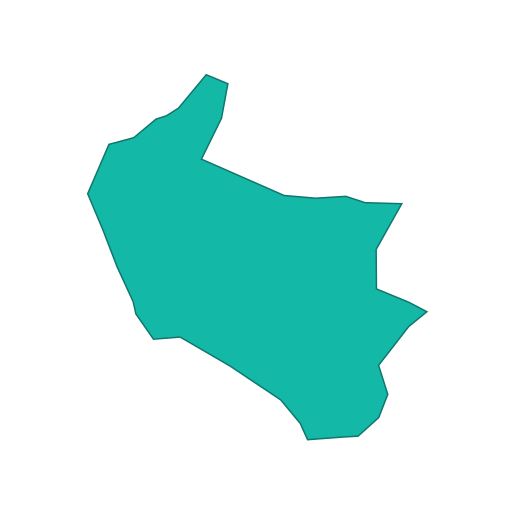 Adaacag, Dundgovi, Mongolia, rotated 296°
{"feature_id": "93677404B36872598386240", "entity_name": "Adaacag", "entity_type": "district", "adm_level": 2, "iso_a3": "MNG", "parent_name": "Mongolia", "parent_adm1": "Dundgovi", "projection": "natural_earth1", "projection_center": [105.738, 46.338], "detail": "fine", "context": "isolated", "style": "filled", "palette": "teal", "viewbox_px": 512, "rotation_deg": 296, "n_neighbors": 0, "source": "geoboundaries", "source_scale": "gbopen_adm2", "svg_char_len": 612}
<svg xmlns="http://www.w3.org/2000/svg" viewBox="0 0 512 512"><g transform="rotate(296 256 256)"><path d="M398.5,155.2L397.1,131.8L354.9,121.5L342.6,113.9L335.2,106.1L308.8,94.3L291.9,74.9L238.2,77.4L212.4,106.9L185.4,135.9L161.0,165.7L151.3,173.4L136.3,200.3L149.9,223.4L145.7,281.0L142.5,304.3L137.5,341.3L124.9,369.2L113.5,382.9L131.0,412.8L138.8,426.7L164.6,437.1L189.4,435.1L211.5,414.1L259.6,424.2L280.8,434.0L281.4,413.9L279.2,378.7L314.6,361.1L366.9,364.1L351.7,330.6L349.0,310.6L334.1,284.3L322.7,254.7L319.1,164.5L364.7,164.6L398.5,155.2Z" fill="#14b8a6" stroke="#0f766e" stroke-width="1.5"/></g></svg>